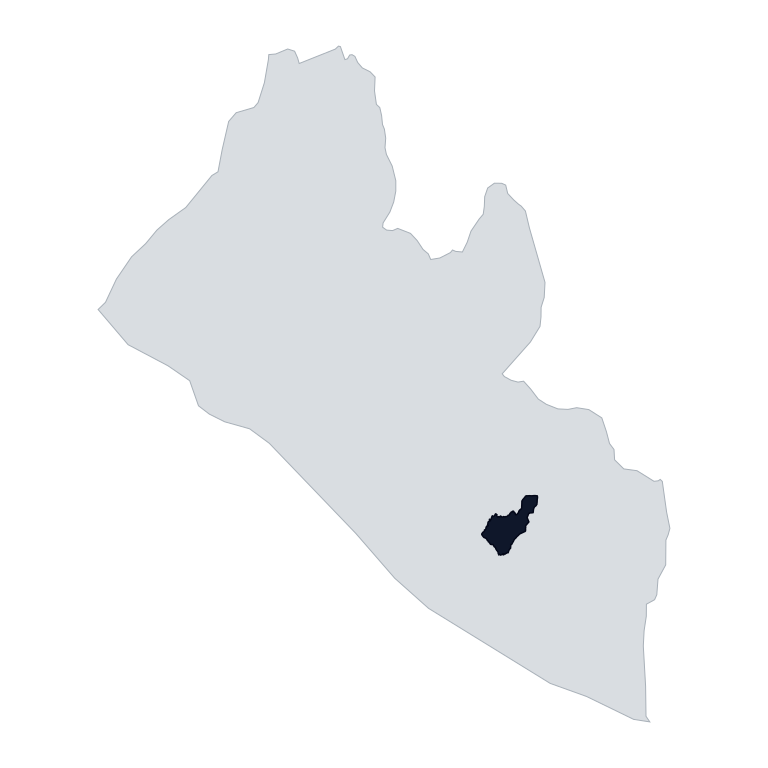 location of Pynes Town, Sinoe, Liberia
{"feature_id": "62588387B44747363578735", "entity_name": "Pynes Town", "entity_type": "district", "adm_level": 2, "iso_a3": "LBR", "parent_name": "Liberia", "parent_adm1": "Sinoe", "projection": "natural_earth1", "projection_center": [-8.563, 5.57], "detail": "fine", "context": "in_parent", "style": "filled", "palette": "ink", "viewbox_px": 768, "rotation_deg": 0, "n_neighbors": 0, "source": "geoboundaries", "source_scale": "gbopen_adm2", "svg_char_len": 5019}
<svg xmlns="http://www.w3.org/2000/svg" viewBox="0 0 768 768"><path d="M98.1,309.5L105.5,302.3L116.4,279.1L131.6,256.8L145.7,243.6L157.0,230.0L168.8,219.6L185.8,207.5L211.9,175.5L218.0,171.8L222.2,149.6L228.7,121.4L236.2,112.7L253.9,107.5L258.1,102.6L264.4,82.7L268.4,59.6L268.8,54.6L275.7,54.0L287.7,49.0L294.6,51.2L297.6,57.9L299.2,63.5L335.3,49.1L338.5,46.1L340.4,46.6L344.9,59.6L347.5,58.8L349.7,55.0L352.1,54.7L354.9,56.4L357.7,62.5L362.3,67.9L370.1,71.8L375.1,77.0L374.5,90.9L376.4,104.4L379.8,107.6L381.6,115.6L382.5,124.5L384.4,129.2L385.7,138.1L385.0,147.7L386.4,154.4L392.2,166.1L395.8,180.7L395.8,191.1L393.7,202.0L389.9,212.0L383.1,222.9L382.6,227.2L386.6,230.1L392.6,230.6L397.7,228.4L410.5,233.4L417.2,240.6L423.0,249.4L428.3,253.9L430.7,259.5L439.8,258.0L450.4,252.6L452.5,250.0L455.7,251.4L462.4,252.0L467.2,242.3L471.0,231.1L479.2,219.0L483.2,214.3L484.3,206.6L484.7,196.7L487.7,188.0L494.4,183.2L501.7,183.3L505.7,185.1L507.7,193.5L513.6,199.8L518.5,204.2L521.2,206.1L525.4,211.0L529.4,227.9L545.0,282.4L544.2,297.5L541.1,307.3L541.0,316.9L540.0,326.4L530.4,342.0L502.2,373.8L504.4,376.6L511.2,380.3L518.0,382.1L523.6,381.2L530.7,389.1L538.3,399.1L546.3,404.3L557.9,408.9L568.0,409.4L576.7,407.7L588.8,409.6L601.8,417.9L606.4,431.6L609.5,443.5L614.0,449.5L614.6,459.8L623.8,468.9L637.0,470.7L654.0,481.3L658.3,480.8L660.2,479.4L662.3,481.4L666.6,512.1L669.9,528.4L668.1,534.9L665.9,540.1L665.7,564.9L658.0,579.1L656.8,594.7L654.6,599.7L646.4,604.2L646.3,616.2L644.1,630.7L643.3,646.0L645.6,686.3L646.0,716.3L649.8,721.9L633.7,719.4L586.6,696.5L550.2,683.4L428.6,608.4L394.8,578.3L355.9,533.5L269.3,443.3L249.6,428.8L224.7,421.8L209.3,414.1L198.5,405.8L189.7,380.7L168.0,365.8L128.1,344.7L98.1,309.5Z" fill="#d9dde1" stroke="#a8b0b8" stroke-width="1"/><path d="M537.3,495.9L537.1,495.8L536.7,495.8L535.1,495.6L534.3,495.6L533.0,495.7L532.2,495.8L530.7,495.8L529.7,495.7L528.1,495.8L526.3,495.8L526.0,496.0L525.5,496.2L525.2,496.8L525.0,497.0L524.8,497.2L523.8,498.5L522.7,499.7L522.5,500.2L522.0,500.9L521.9,501.1L521.9,502.0L521.8,504.7L521.7,506.4L521.7,506.5L521.7,507.8L521.5,508.5L520.6,509.4L519.7,510.0L519.4,510.4L518.8,511.3L518.8,511.6L518.6,512.1L518.1,513.1L517.5,513.8L517.0,514.2L516.8,514.5L516.3,514.7L516.0,514.7L515.7,514.4L515.5,514.5L515.3,513.9L515.1,513.2L514.8,512.8L514.4,512.7L514.2,512.4L513.9,511.8L513.7,511.4L513.1,511.1L512.4,511.4L512.2,512.0L511.8,512.1L511.3,512.0L511.1,512.3L510.8,512.7L510.6,513.0L510.0,513.4L509.8,513.9L509.6,514.7L509.1,515.1L508.8,515.1L508.2,515.2L507.9,515.7L507.2,516.4L506.6,516.5L506.2,516.6L505.7,516.6L505.4,516.8L505.1,516.9L504.7,516.8L504.3,516.9L503.8,516.6L503.4,516.6L502.9,517.0L502.6,517.1L502.1,517.1L501.8,516.8L501.6,516.7L500.7,516.1L500.4,516.1L499.9,516.9L499.4,516.9L498.9,516.7L498.6,516.7L498.1,517.0L497.8,517.1L497.4,516.8L497.0,516.3L496.9,515.9L496.6,515.2L496.9,514.8L495.9,513.9L495.6,513.9L495.2,514.3L494.8,515.2L494.6,515.8L494.1,516.1L493.6,516.2L493.1,516.5L492.9,516.4L492.6,515.9L492.3,515.9L491.9,516.7L491.6,517.3L491.5,518.1L491.3,518.7L490.8,519.6L490.5,520.1L490.3,519.6L489.9,519.3L489.5,519.3L489.4,519.6L489.4,520.0L489.7,520.4L489.6,521.2L489.4,521.3L488.9,521.4L488.4,521.7L488.0,522.4L488.0,523.2L487.6,524.5L488.0,525.1L488.2,525.6L488.0,525.9L487.2,525.9L486.7,526.2L486.4,526.8L486.0,527.3L486.1,527.6L486.4,527.9L486.1,528.4L485.8,528.7L485.7,529.2L485.4,529.6L484.9,529.8L484.5,530.0L484.4,530.8L484.1,531.4L483.7,531.9L483.2,532.0L482.2,533.2L481.8,533.9L481.8,534.7L482.4,535.5L483.0,536.4L483.8,537.3L484.2,537.6L484.3,537.6L485.6,538.1L486.2,538.6L487.0,539.5L487.3,540.4L487.7,540.7L488.3,541.2L488.4,541.8L489.1,542.1L489.5,542.9L489.9,543.3L490.4,544.2L491.2,544.5L492.2,544.5L492.9,544.5L493.2,544.7L493.6,545.7L494.4,546.9L494.9,547.0L495.4,547.7L496.1,549.4L496.8,550.4L497.6,551.4L498.0,551.9L498.1,552.6L498.3,553.8L498.7,554.3L498.8,554.6L499.0,554.4L499.2,554.1L499.3,554.2L499.8,554.6L500.2,555.0L500.4,554.8L500.6,554.7L501.0,554.9L501.5,554.7L501.9,554.7L502.1,554.6L502.2,554.3L502.4,554.1L502.8,553.8L503.0,554.0L503.2,554.4L503.3,554.7L503.5,554.8L503.9,554.4L503.9,554.2L504.0,554.0L504.3,554.2L504.5,553.8L504.9,553.7L505.5,553.9L505.8,553.3L506.6,553.2L506.9,552.6L507.6,552.7L508.1,552.7L508.4,552.0L508.4,551.9L508.9,550.3L509.3,549.8L509.9,548.8L510.6,548.1L510.6,546.8L510.8,545.8L510.7,544.7L511.0,544.3L511.7,544.3L512.6,542.6L513.4,541.3L513.9,540.2L514.3,539.4L516.0,537.8L516.8,536.7L518.3,535.4L519.6,534.0L521.1,533.3L522.6,532.6L523.8,532.0L525.0,531.5L525.5,530.9L525.6,529.8L525.5,528.7L525.7,527.6L525.6,525.9L526.0,525.3L527.4,523.7L528.9,521.9L527.1,517.6L528.7,513.7L529.2,513.1L529.3,513.1L529.5,513.2L529.9,513.0L530.1,512.9L530.5,512.9L532.2,512.8L533.1,512.6L533.3,511.4L533.4,510.2L533.5,509.7L533.5,509.4L533.7,508.6L534.2,507.4L534.7,506.7L535.1,506.4L536.0,505.7L536.6,504.7L536.9,504.3L536.9,503.8L537.1,502.2L537.2,499.7L537.4,498.5L537.5,497.6L537.5,497.3L537.4,496.3L537.3,495.9Z" fill="#0f172a" stroke="#020617" stroke-width="1.5"/></svg>